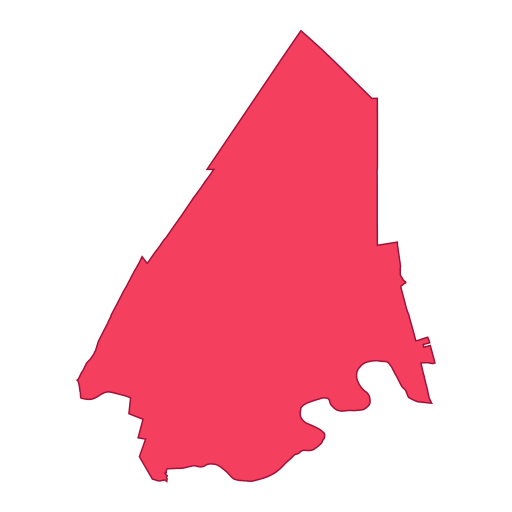 Valea Dragului, Giurgiu, Romania (orthographic projection)
{"feature_id": "2599482B96012240826898", "entity_name": "Valea Dragului", "entity_type": "district", "adm_level": 2, "iso_a3": "ROU", "parent_name": "Romania", "parent_adm1": "Giurgiu", "projection": "orthographic", "projection_center": [26.302, 44.213], "detail": "fine", "context": "isolated", "style": "filled", "palette": "rose", "viewbox_px": 512, "rotation_deg": 0, "n_neighbors": 0, "source": "geoboundaries", "source_scale": "gbopen_adm2", "svg_char_len": 6009}
<svg xmlns="http://www.w3.org/2000/svg" viewBox="0 0 512 512"><path d="M431.7,403.2L430.0,399.9L428.9,397.1L428.8,396.3L428.2,393.6L427.7,391.6L427.8,391.3L427.6,390.8L427.2,388.7L426.6,386.6L425.3,381.5L424.4,377.8L424.3,376.5L424.1,376.0L423.8,375.1L423.1,372.6L421.6,365.9L421.2,364.5L420.9,363.5L420.9,362.9L421.0,362.8L427.9,362.7L432.8,363.6L434.9,363.0L434.0,359.3L430.3,345.5L423.8,347.2L423.2,344.5L429.7,342.8L429.3,341.2L428.5,339.1L427.7,337.2L426.7,337.5L422.6,338.8L419.0,340.1L415.8,340.8L415.6,340.2L414.9,337.2L414.5,335.6L413.9,333.5L413.7,332.9L412.9,329.8L411.0,323.1L410.0,319.6L409.1,316.2L408.9,315.2L408.6,314.3L407.9,312.6L406.3,308.2L405.7,305.7L403.8,298.3L401.8,291.0L401.0,287.7L400.9,287.5L400.8,287.1L400.8,286.9L400.9,286.5L401.0,286.1L401.3,285.9L403.0,284.6L403.5,284.2L404.1,283.6L405.0,283.2L405.5,282.9L405.7,282.7L405.7,282.3L405.7,282.1L405.5,281.8L405.3,281.6L405.1,281.4L404.8,281.3L404.1,280.9L403.6,280.5L402.8,279.3L402.4,278.4L402.0,277.7L401.4,277.0L400.8,276.0L400.3,274.7L400.2,274.3L400.2,273.7L400.3,271.6L400.2,270.0L400.3,268.2L400.3,267.6L400.5,266.7L400.5,266.1L400.4,265.5L400.2,263.9L397.4,244.6L397.4,244.2L397.5,243.7L397.3,242.8L397.3,242.1L377.4,245.3L377.3,239.4L377.3,231.2L377.2,222.9L377.2,206.8L377.2,198.4L377.2,181.4L377.1,170.5L377.2,169.4L377.4,167.3L377.4,139.8L377.4,118.3L377.3,100.9L377.3,98.3L372.6,98.4L371.8,98.3L371.6,98.2L371.4,98.0L337.8,64.8L331.1,58.3L329.1,56.4L328.7,55.9L328.5,56.0L327.0,54.5L323.6,51.1L321.7,49.3L317.0,45.1L313.0,41.5L309.4,38.2L306.1,35.3L305.9,35.2L300.9,30.7L282.0,58.3L274.0,70.2L207.0,169.4L214.0,169.4L213.6,170.0L213.1,170.4L209.1,176.3L205.1,181.5L204.0,183.3L202.6,185.3L201.0,187.7L194.3,196.8L194.2,196.8L191.1,201.4L185.3,210.0L183.4,212.8L182.0,214.9L174.5,225.4L168.5,234.1L166.0,237.7L165.9,237.9L165.6,238.3L164.2,239.6L159.1,247.0L155.7,251.5L153.8,254.0L149.9,259.7L148.9,261.2L147.1,263.2L142.1,256.7L139.0,263.1L137.0,266.6L136.3,267.9L134.9,270.1L132.6,274.5L131.1,277.3L129.8,280.1L129.5,280.5L128.6,282.1L127.2,285.0L123.4,291.6L117.4,303.3L111.2,315.0L111.0,316.2L110.6,317.1L108.4,321.4L107.7,323.2L102.8,332.6L99.3,339.6L98.4,341.3L96.0,349.1L95.5,350.8L94.9,351.6L94.5,352.4L94.1,353.6L93.6,354.4L92.7,355.7L91.9,356.7L91.2,357.9L90.5,359.0L88.7,360.8L87.4,362.2L86.7,363.0L86.4,363.5L84.6,367.1L84.0,368.6L83.5,369.6L82.6,371.1L81.5,372.6L81.2,373.2L79.6,376.6L78.8,378.2L78.1,379.3L77.7,379.7L77.1,380.2L77.7,380.7L78.0,381.1L78.8,383.5L79.4,386.5L79.6,388.5L79.9,390.2L80.0,391.4L80.3,392.3L80.5,393.5L80.5,394.4L80.5,395.6L80.6,396.6L80.7,397.3L80.9,397.7L81.0,398.0L81.6,398.3L82.6,398.5L83.9,398.8L84.6,398.9L86.3,399.2L88.1,399.4L89.0,399.4L91.4,399.2L93.7,398.6L95.4,397.8L96.9,397.0L99.9,395.1L101.6,394.0L104.0,392.9L105.5,392.3L106.9,392.0L107.8,391.9L109.0,391.9L110.1,392.1L111.6,392.3L124.2,395.5L125.8,396.0L130.6,397.7L128.9,413.7L143.0,419.3L138.1,437.8L145.6,439.1L139.4,456.7L152.4,479.1L153.8,479.4L155.5,480.0L157.4,480.7L159.9,480.9L161.2,480.7L161.9,480.5L162.6,480.4L163.7,480.2L164.4,480.0L164.7,479.9L165.0,480.1L165.5,480.5L165.9,480.8L166.4,481.0L166.8,481.3L166.8,480.5L167.1,479.3L167.1,478.9L166.9,478.5L166.6,477.7L166.6,477.2L167.2,475.9L167.2,475.6L166.5,475.2L166.4,475.0L166.1,474.7L165.8,474.3L165.3,473.7L165.0,473.3L165.0,473.1L165.1,472.9L165.3,472.9L165.8,472.9L166.1,472.8L166.3,472.7L166.2,472.3L166.0,472.1L166.0,471.9L166.5,470.2L166.9,469.1L167.3,468.8L178.4,468.3L181.1,468.3L183.7,468.0L192.4,465.9L193.5,465.8L195.1,465.7L196.9,466.3L198.8,466.7L200.8,466.9L203.8,466.4L204.7,465.8L206.4,464.8L208.1,464.2L210.0,463.9L212.8,464.0L215.6,464.4L217.5,465.1L220.3,466.7L225.7,471.0L227.7,472.9L230.8,476.3L232.4,477.9L234.3,479.2L236.5,479.8L239.8,480.5L242.6,480.6L243.9,480.8L246.0,480.8L247.4,481.0L248.5,481.1L250.3,481.2L252.6,481.1L256.1,480.2L260.9,478.9L264.7,477.7L268.4,476.3L272.4,474.3L275.6,472.4L278.2,470.3L280.4,468.5L283.7,465.2L285.1,463.6L286.8,462.0L287.7,461.2L289.0,460.0L290.4,458.9L293.3,456.0L294.4,454.9L295.3,454.4L296.3,454.2L297.2,453.9L298.4,453.4L299.3,452.8L300.6,451.6L301.8,450.8L303.2,450.3L305.6,450.3L306.9,450.5L308.0,450.5L309.7,450.5L311.6,450.2L312.9,449.8L314.0,449.2L314.7,448.7L317.3,446.9L319.0,445.5L320.9,443.7L321.7,442.8L322.9,440.1L323.3,439.5L323.6,439.2L324.1,438.6L324.3,437.9L324.6,437.0L324.7,435.9L324.6,434.3L324.2,433.2L323.6,432.6L320.6,430.0L319.6,429.3L315.0,426.9L311.3,425.2L306.5,423.2L305.5,422.6L303.2,420.7L301.6,418.7L300.5,416.4L300.3,414.0L300.3,411.5L300.7,409.6L300.9,408.0L301.6,406.9L303.4,405.2L305.7,403.8L307.4,402.9L310.7,401.7L315.6,400.0L318.9,399.1L322.2,398.0L323.6,397.9L325.4,397.9L326.0,398.0L326.8,398.2L327.5,398.5L328.0,398.6L328.6,399.1L328.8,399.3L329.2,400.0L329.7,401.4L330.2,403.3L330.5,404.1L330.9,404.7L331.9,405.9L332.8,406.8L334.4,408.3L335.4,409.1L336.7,409.9L337.2,410.2L338.1,410.4L340.5,411.0L341.8,411.1L343.1,411.0L347.6,410.6L350.3,410.4L353.3,410.6L354.9,410.6L358.1,410.2L360.9,410.0L362.9,409.7L364.3,409.1L365.4,408.4L366.3,407.8L367.5,406.7L368.5,405.7L369.1,404.9L369.8,403.5L369.9,403.0L370.1,401.5L370.0,400.6L369.9,399.4L369.8,398.3L369.5,396.9L369.0,395.5L368.5,394.6L367.4,393.2L367.0,392.7L366.2,392.0L365.3,391.4L364.0,390.4L361.6,387.9L360.7,386.7L359.8,385.3L358.9,383.8L358.2,382.3L357.4,380.5L356.9,378.8L356.7,377.3L356.6,374.5L356.9,372.1L357.1,371.5L357.8,369.8L358.3,368.9L361.1,365.6L362.3,364.5L363.4,363.7L364.5,363.1L366.0,362.4L367.9,361.8L369.8,361.4L372.0,361.0L373.8,360.8L376.1,360.7L377.0,360.7L377.9,360.8L382.5,361.4L383.6,361.4L385.1,361.5L386.1,361.6L387.1,361.9L388.0,362.5L388.9,363.4L391.0,366.1L392.0,367.7L394.7,373.1L396.9,376.9L401.2,385.4L402.4,387.2L403.5,388.3L404.2,388.8L405.1,389.8L405.6,390.5L406.1,391.4L406.3,392.0L407.2,394.2L407.7,395.4L408.0,396.4L408.9,397.6L409.1,397.6L409.3,397.8L410.3,398.4L411.8,399.2L413.7,400.1L414.9,400.6L416.9,401.5L417.3,401.6L418.8,401.9L421.5,402.1L423.8,402.4L426.8,402.7L431.7,403.2Z" fill="#f43f5e" stroke="#9f1239" stroke-width="1.5"/></svg>